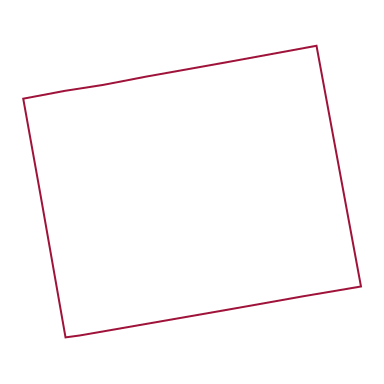 outline of Price, Wisconsin, United States of America, rotated 260°
{"feature_id": "52423323B96730410182641", "entity_name": "Price", "entity_type": "district", "adm_level": 2, "iso_a3": "USA", "parent_name": "United States of America", "parent_adm1": "Wisconsin", "projection": "equal_earth", "projection_center": [-90.356, 45.68], "detail": "fine", "context": "isolated", "style": "outline", "palette": "rose", "viewbox_px": 384, "rotation_deg": 260, "n_neighbors": 0, "source": "geoboundaries", "source_scale": "gbopen_adm2", "svg_char_len": 311}
<svg xmlns="http://www.w3.org/2000/svg" viewBox="0 0 384 384"><g transform="rotate(260 192 192)"><path d="M69.6,342.0L314.4,340.0L313.8,253.8L313.6,166.7L312.9,123.4L313.7,84.0L313.2,42.0L214.4,42.3L70.8,42.2L70.2,56.3L69.9,212.5L70.0,284.4L69.6,342.0Z" fill="none" stroke="#9f1239" stroke-width="2"/></g></svg>